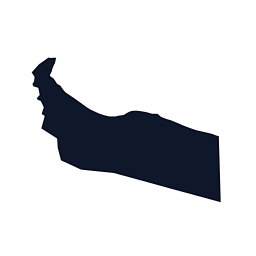 outline of Faysal, As Suways, Egypt, rotated 191°
{"feature_id": "37247803B30609980444918", "entity_name": "Faysal", "entity_type": "district", "adm_level": 2, "iso_a3": "EGY", "parent_name": "Egypt", "parent_adm1": "As Suways", "projection": "robinson", "projection_center": [32.277, 30.117], "detail": "fine", "context": "isolated", "style": "filled", "palette": "ink", "viewbox_px": 256, "rotation_deg": 191, "n_neighbors": 0, "source": "geoboundaries", "source_scale": "gbopen_adm2", "svg_char_len": 1170}
<svg xmlns="http://www.w3.org/2000/svg" viewBox="0 0 256 256"><g transform="rotate(191 128 128)"><path d="M232.2,164.3L228.7,160.7L228.3,155.3L229.4,153.1L228.4,151.6L223.2,151.0L220.1,143.5L222.3,140.0L221.9,139.3L218.3,138.5L213.8,132.5L214.6,125.8L211.2,124.5L212.2,111.6L194.9,104.7L192.5,95.5L187.3,84.6L187.0,84.1L186.6,84.0L167.0,79.2L165.8,79.0L152.1,80.2L133.5,81.9L87.0,78.4L74.4,77.4L24.0,73.7L23.8,73.7L30.0,101.4L30.4,103.1L32.4,112.2L36.3,129.3L37.9,136.6L40.2,136.7L44.3,137.5L49.1,137.7L54.8,137.9L60.6,138.1L65.2,138.7L69.0,139.3L73.7,140.1L80.6,141.6L86.9,142.9L92.8,143.5L98.0,144.5L101.9,146.8L107.0,145.8L112.7,146.3L118.8,146.2L123.3,145.8L127.2,144.8L129.5,143.5L132.0,141.4L134.2,139.4L136.8,138.4L139.2,137.6L142.0,136.3L148.3,135.0L153.5,135.2L158.7,135.8L164.2,137.1L169.0,138.3L172.8,139.8L177.7,142.1L182.6,144.3L186.2,146.0L190.9,148.0L196.6,150.4L199.9,153.0L202.9,156.0L206.4,157.1L208.5,159.3L210.9,161.7L213.9,163.0L215.8,164.2L214.5,168.8L214.2,172.4L213.3,176.7L212.9,177.6L212.7,182.3L214.0,182.1L217.0,181.2L219.2,181.2L224.5,175.6L226.9,173.1L227.6,171.9L232.2,164.3Z" fill="#0f172a" stroke="#020617" stroke-width="1.5"/></g></svg>